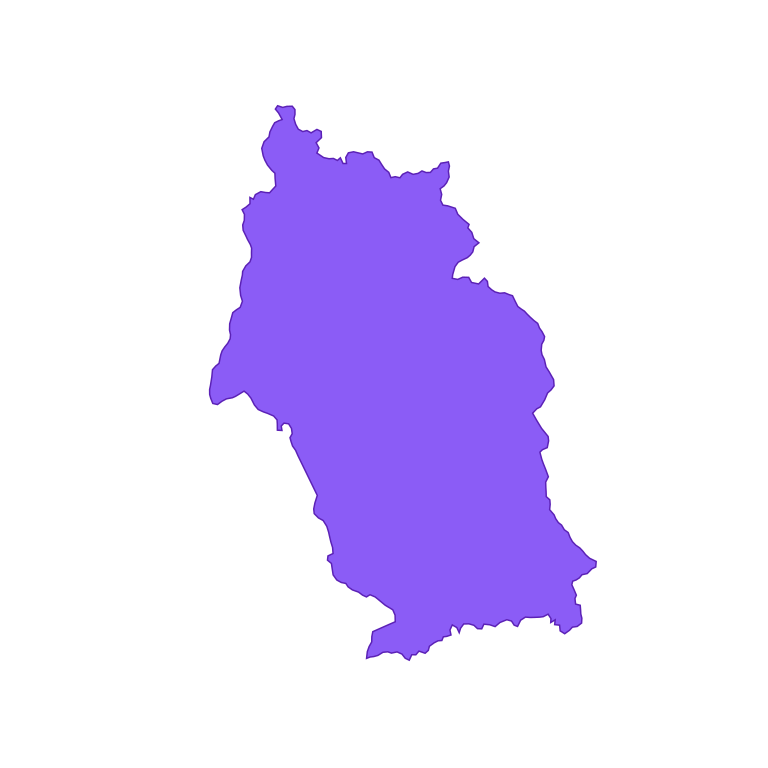 Casa Branca, São Paulo, Brazil, rotated 339°
{"feature_id": "56859067B40720092622616", "entity_name": "Casa Branca", "entity_type": "district", "adm_level": 2, "iso_a3": "BRA", "parent_name": "Brazil", "parent_adm1": "São Paulo", "projection": "robinson", "projection_center": [-47.085, -21.789], "detail": "fine", "context": "isolated", "style": "filled", "palette": "violet", "viewbox_px": 768, "rotation_deg": 339, "n_neighbors": 0, "source": "geoboundaries", "source_scale": "gbopen_adm2", "svg_char_len": 4496}
<svg xmlns="http://www.w3.org/2000/svg" viewBox="0 0 768 768"><g transform="rotate(339 384 384)"><path d="M518.5,625.7L513.5,620.4L511.0,615.5L509.8,611.5L508.1,607.3L505.2,603.1L503.4,598.7L502.7,593.8L502.7,588.7L500.1,584.7L499.2,579.3L497.1,575.9L496.0,571.2L495.9,567.1L493.6,560.7L496.0,555.9L497.3,551.6L495.1,547.3L496.8,542.4L498.0,538.6L499.8,533.5L504.2,529.5L504.3,521.5L504.2,515.6L504.3,510.8L505.1,503.5L508.4,502.1L513.6,501.9L517.3,496.1L518.4,491.8L516.7,486.5L515.2,481.9L514.5,478.1L513.5,472.6L512.3,464.5L517.7,461.9L521.9,461.4L528.4,456.3L533.5,451.0L537.8,449.4L542.1,446.7L543.9,440.7L542.5,431.5L541.4,426.1L542.5,418.6L542.0,413.2L542.8,408.9L545.5,403.4L548.9,400.5L550.9,397.3L550.3,391.8L549.2,387.5L549.2,382.5L546.7,378.5L544.3,373.7L542.6,369.9L541.2,366.3L539.1,363.4L536.7,359.6L536.1,353.8L535.6,347.6L532.8,345.4L529.3,342.1L524.7,340.8L520.6,337.8L518.2,334.5L516.1,330.3L517.3,325.2L515.7,321.2L508.2,324.5L502.1,320.6L501.3,314.8L495.8,312.5L490.3,312.8L485.6,309.8L487.4,306.4L492.3,299.9L496.9,296.9L501.5,296.3L507.1,295.9L510.7,294.6L514.2,292.5L517.3,288.1L523.2,286.2L519.9,280.5L520.3,273.9L518.2,268.3L520.6,265.5L516.6,258.4L513.7,252.0L513.5,245.5L507.3,240.5L503.1,238.1L502.6,232.7L505.8,227.7L506.4,221.8L511.0,220.6L514.6,218.5L519.0,214.1L520.4,208.3L523.2,204.0L523.7,199.7L520.3,199.1L516.2,198.2L511.3,201.7L507.3,200.9L503.1,203.1L499.1,201.7L495.8,198.7L491.4,199.6L486.3,198.7L482.1,194.5L476.5,194.9L472.8,197.2L468.8,194.5L464.4,193.8L464.3,188.1L461.6,183.4L460.4,178.0L459.5,173.2L456.0,169.2L455.9,163.2L451.7,161.3L446.6,161.6L438.8,156.3L433.6,155.4L429.5,158.8L428.0,164.7L424.8,163.5L424.3,157.2L420.6,158.6L417.6,155.3L413.4,154.0L408.8,151.0L404.1,144.3L407.9,140.3L407.1,134.4L413.9,131.6L415.9,125.7L412.6,122.3L405.9,123.4L402.9,119.8L398.6,119.2L395.3,115.4L394.6,109.9L395.0,104.0L397.5,100.4L399.2,95.9L397.9,91.8L392.8,90.0L388.6,89.5L384.4,86.1L381.1,88.4L382.7,93.2L383.7,100.6L380.0,100.5L375.6,100.9L372.5,103.4L367.8,107.8L365.2,112.1L358.9,114.8L354.3,120.2L353.0,127.7L353.0,132.3L353.7,137.8L355.8,144.3L357.7,148.1L356.0,153.1L353.9,160.4L349.2,162.7L345.7,164.5L342.1,162.8L337.9,160.3L331.8,161.1L328.3,164.7L325.7,161.8L323.5,167.7L318.7,169.4L314.0,170.4L314.5,175.6L312.2,181.2L309.1,184.9L307.6,190.0L308.1,195.8L308.4,200.2L309.2,205.8L309.1,209.7L307.4,213.8L305.7,218.3L302.7,221.9L297.3,224.2L292.4,228.2L290.8,231.6L288.0,235.8L283.9,242.5L281.9,249.9L281.5,256.0L277.2,260.9L272.6,261.9L268.4,263.2L265.4,267.3L261.5,272.5L259.1,278.3L258.4,283.0L256.6,286.6L252.7,290.0L248.7,292.3L244.8,295.0L242.1,298.2L237.4,305.6L233.4,306.9L229.0,309.2L225.9,315.5L221.5,323.1L219.2,326.7L217.5,331.3L217.1,335.3L217.2,340.8L221.2,343.5L226.7,342.0L231.6,341.4L237.6,342.5L241.0,342.3L244.9,341.6L250.8,340.5L253.2,344.6L254.7,349.5L255.5,357.1L257.4,362.7L261.5,366.9L264.8,369.7L269.5,374.3L271.3,379.2L270.1,383.0L267.9,388.9L272.1,390.8L273.0,386.4L276.6,384.7L280.7,387.0L281.7,392.3L280.5,397.5L277.0,400.4L276.6,404.5L276.4,409.1L277.7,414.2L278.0,420.3L281.8,464.1L276.8,470.4L273.6,475.5L272.4,480.0L274.8,485.5L278.3,489.7L279.6,496.4L279.2,502.6L278.6,506.5L277.8,512.4L277.4,518.2L275.7,524.0L270.1,524.4L268.1,528.2L270.6,532.7L269.4,538.1L268.1,544.0L269.7,550.1L273.0,554.0L276.9,556.5L277.8,560.6L280.7,564.9L285.7,569.2L288.3,573.4L291.3,576.5L295.4,575.7L299.5,579.7L302.5,585.0L305.8,590.9L308.3,594.1L311.3,598.0L311.5,603.8L309.3,610.0L302.4,610.3L284.8,611.2L282.1,615.5L280.1,620.4L276.0,623.8L272.5,627.9L269.4,633.9L273.2,633.9L276.8,634.8L281.0,635.2L286.9,634.1L291.6,635.4L294.5,637.9L300.2,638.8L304.0,642.6L305.5,647.6L308.6,650.9L312.9,646.7L316.7,648.2L320.9,645.9L325.9,650.1L329.9,648.6L332.4,645.1L338.0,643.6L342.4,643.1L346.1,644.2L348.8,641.3L352.1,642.1L356.6,642.3L357.4,637.3L361.4,633.4L364.7,637.5L365.1,643.1L368.0,639.4L372.4,636.6L377.3,638.3L381.5,641.5L383.6,645.9L387.5,647.6L391.2,644.0L396.5,646.7L400.8,650.3L406.8,648.2L414.2,648.1L418.1,651.0L419.1,655.8L421.8,658.2L426.9,653.5L432.5,652.3L436.9,654.4L440.9,655.8L446.0,657.5L449.3,658.3L454.7,657.7L455.8,662.8L454.2,666.4L459.3,665.5L457.1,669.8L461.5,672.1L460.0,677.6L463.2,681.9L468.9,680.4L472.7,678.5L477.5,679.6L482.8,678.0L484.8,673.5L485.3,669.3L486.5,665.6L487.9,660.9L484.0,658.1L485.4,652.7L487.9,650.1L487.7,644.0L487.4,638.7L489.5,635.7L493.1,635.8L497.0,635.0L500.5,633.0L505.8,633.8L511.8,631.0L516.1,630.7L518.5,625.7Z" fill="#8b5cf6" stroke="#5b21b6" stroke-width="1.5"/></g></svg>